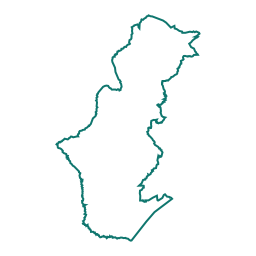 Huayacocotla, Veracruz, Mexico
{"feature_id": "50627088B38829203416925", "entity_name": "Huayacocotla", "entity_type": "district", "adm_level": 2, "iso_a3": "MEX", "parent_name": "Mexico", "parent_adm1": "Veracruz", "projection": "albers", "projection_center": [-98.484, 20.524], "detail": "fine", "context": "isolated", "style": "outline", "palette": "teal", "viewbox_px": 256, "rotation_deg": 0, "n_neighbors": 0, "source": "geoboundaries", "source_scale": "gbopen_adm2", "svg_char_len": 5787}
<svg xmlns="http://www.w3.org/2000/svg" viewBox="0 0 256 256"><path d="M131.5,240.5L146.3,221.6L154.5,212.1L172.1,198.8L171.2,197.8L169.8,197.2L169.6,197.4L169.2,196.9L167.0,196.6L165.0,194.3L163.8,195.0L162.3,198.0L158.3,200.5L157.7,200.4L157.4,200.0L156.9,195.7L153.0,197.6L148.5,200.4L145.8,200.4L146.1,200.9L146.0,201.6L144.4,201.8L143.1,200.5L142.9,200.9L142.4,200.5L140.1,200.5L140.3,195.8L139.8,193.4L140.0,190.6L141.7,189.9L143.1,187.7L143.8,187.6L143.8,186.9L143.7,185.8L142.7,185.6L139.0,185.7L141.7,183.2L143.1,179.9L145.2,179.6L145.3,178.6L146.2,178.4L146.8,177.7L146.8,176.5L148.5,175.4L148.3,174.5L149.0,174.9L150.5,174.2L150.9,172.9L152.1,171.8L151.9,170.6L152.9,170.7L152.6,169.8L153.3,169.5L153.8,168.5L156.0,168.1L156.6,165.2L157.1,164.5L158.2,164.2L158.2,162.7L157.4,160.3L158.3,155.9L159.1,157.1L159.6,156.4L160.0,156.6L160.1,156.1L161.0,156.7L161.4,156.4L162.5,152.3L161.4,150.8L161.5,150.2L160.6,149.9L160.2,148.5L159.9,148.3L159.2,148.6L158.2,146.9L154.9,144.8L154.1,143.4L154.6,142.9L154.7,142.2L154.1,141.2L153.0,140.3L152.3,138.9L149.9,136.3L148.8,135.6L148.7,134.9L147.7,134.0L148.1,133.5L147.2,131.9L148.2,131.2L148.5,130.4L148.2,128.1L148.6,127.7L149.8,127.5L150.3,128.1L151.0,128.0L151.3,126.4L151.0,124.0L151.2,123.2L151.0,122.8L151.3,120.9L153.6,119.9L155.2,120.0L156.9,119.6L155.9,121.6L156.4,122.6L157.1,122.9L157.4,122.3L158.5,123.3L160.9,122.3L161.1,122.8L161.8,122.6L163.0,120.5L164.0,119.6L164.3,118.4L165.3,117.5L162.9,116.9L161.7,115.9L160.5,112.4L160.9,111.9L160.9,110.6L160.5,107.5L160.2,107.0L159.3,107.0L157.6,105.3L158.0,105.1L157.7,104.7L158.4,104.3L159.8,105.0L160.8,104.8L161.8,103.5L162.3,103.5L162.6,102.7L163.1,102.6L163.0,101.9L164.4,101.8L164.1,101.0L165.7,100.0L164.8,99.1L164.1,99.0L165.8,98.1L165.5,96.8L165.9,96.6L165.4,96.1L166.2,95.7L165.7,94.9L164.8,95.4L164.8,94.6L164.5,94.7L164.1,94.3L164.4,93.7L163.9,93.1L164.8,92.5L165.0,91.8L164.6,90.4L163.6,89.0L162.8,85.7L162.0,84.5L162.0,83.6L162.4,83.0L162.0,82.7L162.3,81.3L162.4,81.0L165.7,81.0L166.1,80.5L167.6,80.3L168.0,80.6L170.9,77.9L171.3,77.0L172.7,76.8L175.0,74.9L176.7,74.2L177.2,73.5L177.4,71.7L178.1,70.9L177.5,68.7L178.6,68.3L178.7,67.4L179.4,67.2L179.4,66.6L180.6,63.9L181.3,63.7L181.4,62.8L181.0,62.1L180.9,60.9L183.0,59.9L183.6,59.2L183.0,57.8L183.2,56.7L183.8,56.0L185.0,55.9L187.8,56.6L188.2,56.1L189.2,56.3L189.9,56.0L190.7,56.5L191.8,56.6L192.8,56.2L193.9,54.9L197.9,54.8L197.5,54.1L196.4,53.5L196.1,52.3L195.2,51.6L194.0,48.6L191.1,47.1L189.2,43.7L191.1,42.3L192.6,40.4L195.6,38.1L197.4,37.3L197.7,37.0L195.3,36.7L196.6,36.1L199.5,33.7L199.1,32.8L196.2,31.5L194.8,32.2L193.5,31.4L192.5,32.1L189.9,31.7L185.3,32.8L182.3,32.8L182.1,31.6L179.5,31.0L176.7,29.1L174.7,28.5L174.4,25.9L170.9,27.6L166.1,22.6L163.0,20.5L152.2,16.4L150.7,16.3L148.5,15.4L147.9,16.1L146.7,16.4L145.8,17.8L144.5,18.4L143.0,19.8L140.8,19.2L141.6,19.9L140.8,21.9L139.7,23.1L139.4,28.3L138.5,27.2L138.4,25.8L137.6,24.4L134.2,25.4L133.9,26.0L131.7,27.2L132.3,28.8L132.0,31.0L132.5,33.5L131.4,34.8L131.6,35.9L131.4,38.5L130.9,39.3L129.5,40.1L129.1,42.5L129.9,43.8L129.5,44.2L127.6,44.8L126.6,45.8L126.2,46.9L124.8,46.8L124.0,47.3L123.4,48.5L121.5,48.8L121.6,49.6L121.0,50.2L119.5,50.9L118.6,50.8L118.3,51.5L117.4,51.6L116.9,54.2L116.3,54.5L115.4,54.2L115.0,54.7L115.5,55.0L114.6,56.2L114.6,56.7L113.8,56.5L112.6,57.5L112.6,58.6L112.1,60.1L112.4,62.0L115.0,67.7L115.5,72.0L118.7,79.6L119.9,80.3L120.2,81.2L120.6,81.5L120.1,82.5L121.1,83.9L121.6,86.8L120.6,88.8L120.6,89.9L119.4,90.5L119.1,89.9L118.0,89.2L116.6,90.0L115.3,89.5L111.8,89.6L110.7,88.3L109.9,88.1L109.0,87.3L108.2,85.9L106.6,85.6L105.0,85.9L103.1,86.8L98.2,92.6L98.0,93.7L97.2,94.1L97.2,94.9L96.8,95.3L97.5,96.8L96.5,97.7L96.8,99.8L96.1,100.5L96.7,101.2L97.0,102.5L96.6,106.3L97.4,107.3L96.8,107.9L96.5,108.9L96.6,111.2L95.7,112.1L96.4,113.6L95.9,114.1L96.2,114.4L95.5,116.1L92.9,118.4L90.8,124.0L89.7,125.3L88.9,125.5L89.0,126.1L88.3,126.3L86.9,127.7L85.4,128.3L84.8,129.6L82.5,130.0L81.9,130.6L79.8,131.0L79.1,132.0L79.1,133.6L78.3,133.9L77.7,135.2L78.2,136.4L77.1,136.4L73.2,137.3L71.8,136.6L70.8,136.6L70.1,137.6L68.9,138.2L68.7,138.7L67.8,139.4L64.6,138.7L63.3,140.1L62.5,140.4L62.1,141.2L61.3,141.3L60.9,141.9L59.9,141.9L59.8,142.4L58.7,142.2L57.9,143.7L57.0,143.7L56.5,144.4L57.6,145.2L57.8,147.3L58.3,148.0L60.2,148.4L61.4,149.2L62.8,150.8L62.5,151.9L64.0,153.2L66.2,154.0L66.6,155.8L67.8,155.9L67.7,156.2L66.6,156.7L66.6,157.6L68.2,157.8L68.4,158.3L67.7,159.0L68.8,159.5L69.0,160.5L70.1,161.2L70.4,163.2L71.5,163.9L72.8,165.7L74.2,166.5L79.0,171.4L79.0,172.3L80.3,173.2L79.5,175.4L80.0,177.9L81.2,178.9L81.0,179.6L82.5,179.7L82.3,181.3L81.3,181.3L81.0,181.8L81.6,182.9L81.3,184.4L82.4,185.3L81.6,186.5L82.1,187.5L82.6,187.8L82.0,188.8L82.6,189.5L82.4,191.3L82.7,191.6L82.4,192.5L82.6,193.6L82.0,195.3L82.6,196.0L82.1,196.7L83.3,198.9L83.0,200.6L82.1,200.8L82.2,202.9L83.5,204.6L85.4,204.9L83.2,206.1L83.4,206.5L84.6,206.7L85.0,207.3L84.8,208.9L85.3,209.4L84.7,211.0L85.4,211.7L85.4,212.8L85.2,213.5L84.6,214.0L86.1,214.7L85.7,215.9L85.1,216.6L85.1,217.2L84.3,217.9L84.8,219.1L83.8,220.6L83.1,221.1L83.6,221.7L83.8,222.9L82.9,223.5L83.1,223.9L84.9,224.3L84.9,225.0L85.9,225.1L86.2,226.0L87.6,224.9L87.8,226.3L88.4,226.9L88.5,228.0L89.6,228.5L89.6,229.4L90.5,229.7L90.9,230.6L91.0,231.9L93.4,231.8L94.3,233.0L94.9,232.6L95.9,234.4L96.1,234.0L97.2,234.0L97.6,234.3L97.3,234.8L99.0,235.4L99.0,236.1L100.2,237.3L101.5,237.0L102.1,236.5L102.9,236.5L103.6,235.9L104.0,236.1L104.3,236.8L105.7,236.8L106.7,238.2L107.5,237.5L107.6,236.8L109.3,237.2L109.9,236.9L110.0,236.2L110.8,236.9L111.7,236.3L112.6,236.8L112.7,237.7L115.3,237.3L117.1,238.6L118.0,238.0L119.2,238.2L120.5,237.6L122.0,237.6L123.5,238.1L125.6,237.9L125.9,238.3L128.2,238.8L129.0,239.7L130.5,240.6L131.5,240.5Z" fill="none" stroke="#0f766e" stroke-width="2"/></svg>